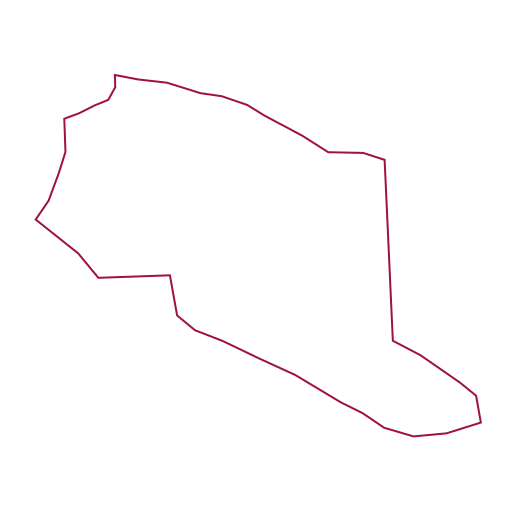 Agios Georgios Kafkaliou, Nicosia, Cyprus, rotated 268°
{"feature_id": "46923920B34200358221889", "entity_name": "Agios Georgios Kafkaliou", "entity_type": "district", "adm_level": 2, "iso_a3": "CYP", "parent_name": "Cyprus", "parent_adm1": "Nicosia", "projection": "orthographic", "projection_center": [33.003, 35.032], "detail": "fine", "context": "isolated", "style": "outline", "palette": "rose", "viewbox_px": 512, "rotation_deg": 268, "n_neighbors": 0, "source": "geoboundaries", "source_scale": "gbopen_adm2", "svg_char_len": 667}
<svg xmlns="http://www.w3.org/2000/svg" viewBox="0 0 512 512"><g transform="rotate(268 256 256)"><path d="M300.1,37.1L264.8,78.4L239.7,97.7L239.7,169.3L199.3,175.1L183.9,192.5L172.3,219.6L153.1,256.3L135.7,291.1L106.8,335.6L95.3,356.9L79.8,378.2L70.2,407.2L72.1,440.1L81.7,474.9L108.7,471.1L122.2,455.6L133.8,440.1L151.1,416.9L166.5,389.8L347.6,387.9L355.3,366.6L357.2,331.8L374.5,306.6L395.7,269.9L407.3,252.4L416.9,227.3L420.7,206.0L428.3,184.5L432.3,173.1L436.6,144.2L437.7,139.4L441.8,121.3L429.5,121.2L417.2,113.8L412.2,100.2L404.8,84.1L399.9,69.2L383.9,69.2L366.6,69.2L345.7,61.8L318.6,50.7L300.1,37.1Z" fill="none" stroke="#9f1239" stroke-width="2"/></g></svg>